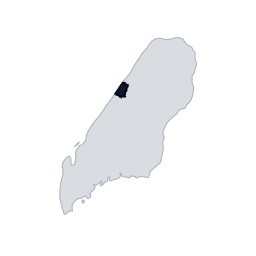 Mananjary, Vatovavy-Fitovinany, Madagascar shown in context, rotated 198°
{"feature_id": "10022922B52512193010711", "entity_name": "Mananjary", "entity_type": "district", "adm_level": 2, "iso_a3": "MDG", "parent_name": "Madagascar", "parent_adm1": "Vatovavy-Fitovinany", "projection": "mercator", "projection_center": [48.046, -21.236], "detail": "fine", "context": "in_parent", "style": "filled", "palette": "ink", "viewbox_px": 256, "rotation_deg": 198, "n_neighbors": 0, "source": "geoboundaries", "source_scale": "gbopen_adm2", "svg_char_len": 5691}
<svg xmlns="http://www.w3.org/2000/svg" viewBox="0 0 256 256"><g transform="rotate(198 128 128)"><path d="M166.0,31.4L166.6,32.9L167.4,34.4L169.8,37.9L170.8,39.3L171.7,40.7L172.1,43.6L173.6,48.1L175.0,54.9L175.5,61.9L175.9,65.1L177.0,68.1L178.8,71.2L179.4,74.7L178.3,78.3L176.7,81.7L176.3,82.3L175.5,83.2L175.2,83.2L173.9,82.3L172.8,80.9L171.5,77.5L171.0,75.8L170.5,75.5L168.9,75.7L167.8,76.7L167.6,77.4L167.8,79.3L168.2,81.0L168.4,82.8L168.5,84.9L168.9,85.6L169.5,86.2L170.1,87.6L170.3,91.0L169.9,92.7L168.8,94.2L168.8,95.1L169.2,95.9L168.8,96.4L167.4,97.1L166.8,97.6L166.0,99.1L164.7,102.2L164.5,103.8L165.3,108.6L165.1,112.1L163.5,118.6L162.5,121.7L161.2,125.5L159.2,130.4L157.2,136.6L155.4,143.0L154.2,146.8L152.7,150.6L150.8,157.4L149.1,164.2L146.6,171.8L143.2,180.2L142.8,181.3L142.1,185.7L141.3,189.5L140.4,193.2L138.5,199.4L138.2,201.3L137.8,203.2L135.9,207.1L135.2,208.5L134.6,210.1L134.3,212.0L133.7,213.9L132.4,217.4L130.3,220.4L129.0,221.5L126.0,223.1L124.5,223.4L121.1,223.5L117.9,224.4L114.5,226.1L111.2,228.1L110.0,229.1L108.6,229.6L104.3,229.7L103.0,229.3L98.7,226.0L97.1,225.5L93.9,225.0L92.9,224.7L92.1,224.3L90.8,222.6L88.3,221.1L87.7,220.7L87.3,219.7L87.0,218.6L86.4,217.4L85.9,215.1L85.0,213.5L82.7,210.7L82.5,209.8L82.3,206.8L82.3,204.8L82.1,201.1L82.4,199.4L83.2,197.8L82.9,196.1L82.0,194.3L81.7,192.5L81.0,190.8L78.6,187.8L78.0,186.4L77.6,184.8L76.7,180.1L76.6,178.4L76.7,174.9L77.1,173.1L77.6,171.9L77.8,171.0L78.2,170.2L78.8,169.5L79.1,168.8L80.1,164.3L81.2,163.3L82.9,162.8L84.3,161.6L85.1,160.1L85.9,156.8L88.0,153.6L88.8,152.0L90.6,149.4L92.1,145.9L92.6,144.2L92.9,142.5L93.3,138.8L93.6,136.9L93.5,135.0L92.7,133.2L90.5,129.7L90.5,129.1L90.6,126.5L90.5,124.7L89.7,122.8L88.7,121.1L87.7,117.9L87.2,112.6L87.3,110.6L87.1,108.9L86.3,107.3L86.9,104.5L93.1,94.2L93.4,93.0L93.1,89.9L93.2,88.1L93.4,87.4L93.9,87.0L95.0,86.8L100.1,86.4L100.7,86.1L102.0,85.2L103.8,83.5L104.6,83.1L105.2,83.2L105.7,84.0L106.3,84.3L108.3,83.6L109.1,83.6L109.9,83.7L110.3,83.0L110.5,82.1L110.8,81.4L111.4,81.0L114.0,80.8L115.7,80.6L117.9,79.9L118.3,80.1L120.1,82.4L120.6,82.6L121.3,82.7L121.9,82.3L120.5,81.0L120.3,80.4L120.3,79.6L121.1,77.9L122.4,76.6L125.2,74.7L128.2,72.4L129.0,72.3L129.8,72.6L130.3,75.3L130.2,75.7L130.7,75.8L131.3,75.4L131.8,74.4L131.8,73.5L131.4,72.6L131.2,71.9L131.2,71.2L132.7,69.7L133.8,68.2L134.4,66.4L134.9,65.6L136.1,64.7L136.5,64.8L136.8,65.6L136.9,66.4L136.6,67.1L136.1,67.9L136.0,69.0L136.7,69.2L137.3,68.9L138.3,67.0L139.4,65.3L140.0,64.3L140.9,63.7L142.2,63.8L143.6,64.2L141.4,62.3L140.9,59.8L143.4,55.3L143.5,54.4L143.8,54.1L144.0,53.8L142.7,52.3L142.4,51.5L142.6,50.4L143.2,49.4L143.8,48.7L144.7,48.4L145.3,48.8L146.7,50.0L147.7,50.2L148.9,49.0L149.9,47.6L151.3,46.5L152.9,45.9L155.4,43.6L157.0,38.8L157.2,37.3L156.8,35.6L156.2,34.0L155.3,32.0L155.5,31.5L156.9,31.8L157.3,31.5L158.8,29.7L161.3,26.3L162.1,26.3L162.8,26.9L163.0,27.9L163.5,28.6L165.1,30.2L166.0,31.4ZM149.0,45.0L149.0,45.5L147.1,45.3L146.8,43.5L147.7,43.4L147.9,42.7L148.5,42.6L149.1,44.2L149.0,45.0ZM171.6,97.2L170.0,99.9L170.5,97.7L172.4,94.4L172.9,94.1L171.6,97.2Z" fill="#d9dde1" stroke="#a8b0b8" stroke-width="1"/><path d="M141.0,168.0L141.1,167.9L141.3,167.9L141.3,168.0L141.4,167.9L141.5,167.9L141.5,168.0L141.8,168.1L142.0,168.2L142.0,168.3L142.0,168.5L142.1,168.4L142.2,168.5L142.3,168.5L142.5,168.6L142.8,168.7L142.9,168.9L143.0,168.9L143.1,169.1L143.3,169.0L143.5,169.1L143.6,168.8L143.8,168.7L144.0,168.5L144.2,168.4L144.3,168.4L144.5,168.3L144.6,168.2L144.8,168.2L144.8,168.3L144.8,168.5L145.0,168.7L145.1,168.8L145.1,169.0L145.1,169.3L145.2,169.5L145.1,169.8L145.3,169.7L145.5,169.7L145.8,169.7L146.0,169.8L146.4,170.0L146.5,169.9L146.4,169.8L146.5,169.8L146.5,169.7L146.8,169.5L147.0,169.6L147.1,169.4L147.2,169.1L147.4,168.6L147.5,168.4L147.6,167.9L147.7,167.6L148.1,166.5L148.1,166.4L148.3,165.8L148.3,165.7L148.5,165.1L148.7,164.4L148.7,164.1L149.0,163.1L149.0,162.8L149.0,162.7L149.1,162.3L149.2,162.0L149.5,161.3L149.9,160.2L150.1,159.5L150.4,158.7L150.4,158.4L150.5,157.7L150.6,157.4L150.7,157.1L150.8,156.8L150.9,156.6L150.7,156.6L150.4,156.5L150.2,156.5L150.1,156.4L149.9,156.2L149.7,155.9L149.5,156.0L149.3,156.0L149.2,156.1L148.9,156.3L148.8,156.2L148.6,155.9L148.4,155.9L148.3,156.0L148.2,156.0L148.1,156.3L147.9,156.5L147.8,156.4L147.7,156.2L147.5,156.3L147.4,156.2L147.2,156.1L146.9,155.9L146.9,156.0L146.8,155.9L146.7,155.9L146.5,155.7L146.4,155.6L146.2,155.6L146.0,155.4L145.9,155.4L145.8,155.5L145.8,155.4L145.7,155.4L145.8,155.5L145.6,155.5L145.6,155.4L145.4,155.1L145.2,155.2L144.9,155.1L144.6,155.2L144.4,155.3L144.2,155.4L144.2,155.2L143.9,155.1L143.7,155.0L143.7,155.3L143.6,155.6L143.6,156.0L143.7,156.3L143.4,156.4L143.2,156.4L143.0,156.6L142.9,156.6L142.8,156.3L142.6,156.3L142.4,156.3L142.4,156.5L142.2,156.5L141.9,156.5L141.7,156.5L141.4,156.7L141.2,156.6L140.9,156.5L140.7,156.6L140.4,156.7L140.4,156.8L140.3,157.1L140.3,157.3L140.6,157.5L140.8,157.6L141.0,157.5L141.3,157.7L141.3,157.9L141.4,158.1L141.4,158.3L141.4,158.5L141.5,158.8L141.4,158.8L141.2,158.8L141.0,159.0L141.0,159.3L141.2,159.6L141.2,159.9L141.2,160.0L141.3,160.2L141.4,160.4L141.5,160.5L141.4,160.8L141.5,160.9L141.5,161.1L141.5,161.4L141.5,161.5L141.5,161.8L141.4,161.9L141.5,162.0L141.4,162.1L141.5,162.2L141.6,162.5L141.5,162.8L141.4,162.8L141.4,162.7L141.3,162.8L141.4,163.0L141.2,162.9L141.1,162.7L140.9,162.7L140.9,162.9L140.9,163.1L140.9,163.3L140.9,163.6L141.0,163.9L141.1,164.0L141.2,164.4L141.2,164.5L141.3,164.6L141.4,165.0L141.4,165.5L141.5,165.6L141.6,165.8L141.4,166.0L141.5,166.1L141.5,166.3L141.4,166.6L141.2,166.7L141.3,166.8L141.3,167.0L141.2,167.1L141.2,167.3L141.2,167.5L141.0,167.8L141.0,168.0Z" fill="#0f172a" stroke="#020617" stroke-width="1.5"/></g></svg>